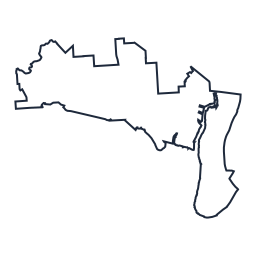 Port Adelaide Enfield, South Australia, Australia (Mercator projection), rotated 180°
{"feature_id": "25037944B47979939025085", "entity_name": "Port Adelaide Enfield", "entity_type": "district", "adm_level": 2, "iso_a3": "AUS", "parent_name": "Australia", "parent_adm1": "South Australia", "projection": "mercator", "projection_center": [138.548, -34.826], "detail": "fine", "context": "isolated", "style": "outline", "palette": "slate", "viewbox_px": 256, "rotation_deg": 180, "n_neighbors": 0, "source": "geoboundaries", "source_scale": "gbopen_adm2", "svg_char_len": 5637}
<svg xmlns="http://www.w3.org/2000/svg" viewBox="0 0 256 256"><g transform="rotate(180 128 128)"><path d="M239.4,186.9L239.3,186.0L239.8,185.0L239.7,182.6L239.1,181.8L238.5,172.0L236.7,172.1L236.4,167.2L236.3,166.6L235.6,165.6L233.8,166.7L229.7,159.1L229.5,158.4L229.3,155.3L240.6,154.5L240.1,147.2L225.9,148.2L214.2,148.7L214.3,149.0L213.5,149.0L213.6,149.6L214.4,150.7L214.0,151.4L212.4,153.0L210.9,152.8L210.9,151.9L205.7,151.5L202.8,153.3L197.5,153.6L195.0,151.4L191.7,150.4L192.7,148.7L191.7,147.8L190.4,146.1L188.6,145.2L185.1,144.9L156.5,138.2L150.7,136.8L149.0,135.9L146.9,135.8L146.2,136.1L144.7,137.1L145.8,135.4L131.0,136.2L131.2,135.8L120.6,126.2L120.5,126.7L119.9,127.8L119.7,127.9L119.6,127.7L119.3,128.4L119.0,128.3L119.1,128.1L118.6,128.4L118.5,127.8L118.0,127.5L116.1,127.4L115.3,127.6L115.0,128.3L114.9,128.3L114.9,127.6L114.6,127.2L113.7,127.1L112.1,126.2L111.5,126.4L111.1,125.6L111.2,125.0L110.8,124.1L109.0,122.4L107.5,121.2L104.5,117.8L100.8,111.7L100.7,111.0L98.9,107.0L98.2,106.4L96.7,105.8L95.5,105.7L94.7,105.9L92.8,107.6L92.1,107.9L90.8,109.3L90.7,110.0L90.4,112.6L91.2,113.7L92.1,114.3L92.3,114.7L82.6,112.2L83.0,112.5L83.2,113.3L83.1,115.1L82.5,118.9L81.9,120.1L81.1,121.0L80.2,121.6L79.8,122.5L79.4,122.7L79.0,122.6L79.2,121.9L79.5,121.2L80.5,119.8L80.3,118.9L81.3,118.0L81.9,113.4L81.8,113.1L81.5,112.6L81.9,112.2L80.4,111.5L80.4,111.0L79.1,110.6L78.7,110.7L78.4,110.4L77.6,110.2L77.0,110.5L76.4,110.5L73.5,109.7L73.2,109.4L73.2,108.7L72.6,108.8L72.4,109.3L69.3,108.6L68.8,108.7L68.6,108.4L67.7,108.0L67.7,107.5L67.3,107.9L66.8,107.9L64.1,106.4L62.8,106.0L62.2,106.2L62.0,107.8L61.9,113.1L61.6,113.5L62.0,113.4L62.5,114.1L61.8,115.7L61.4,115.9L61.0,117.1L60.0,118.8L59.1,121.1L58.6,122.6L58.4,123.1L58.1,122.9L57.2,124.8L57.3,125.2L56.8,126.8L56.0,128.1L55.8,128.3L55.6,128.8L55.3,128.9L54.6,130.5L54.8,130.6L55.1,131.3L56.4,132.5L56.6,132.7L56.4,133.0L57.5,134.1L57.4,134.3L57.6,134.6L57.5,134.9L57.9,135.4L57.8,136.2L57.1,135.6L56.4,135.4L56.4,135.0L55.0,134.2L54.0,135.1L53.4,141.6L57.3,143.4L56.8,144.5L53.2,142.9L51.9,148.3L52.8,148.6L53.0,148.5L56.5,149.4L56.1,150.7L51.3,149.2L46.1,151.8L46.1,152.0L45.6,152.1L45.6,151.9L41.5,152.8L41.5,154.1L41.2,154.1L41.2,154.3L41.2,155.3L40.7,155.8L40.8,156.1L41.3,156.0L41.6,157.5L41.4,158.2L42.3,162.4L41.1,162.7L40.9,162.4L40.1,162.4L40.4,161.6L39.6,160.6L39.9,160.4L39.1,158.6L38.9,156.6L38.7,156.3L38.6,154.4L38.9,152.3L38.5,151.9L38.3,150.4L38.8,150.1L39.0,150.3L39.1,150.9L39.6,150.7L39.3,148.8L39.8,148.0L40.2,150.5L40.3,150.5L40.2,149.7L40.5,149.6L40.7,150.4L40.8,150.4L40.7,149.6L40.9,149.5L40.9,149.2L41.1,149.1L41.3,150.4L41.4,150.2L41.2,149.2L41.6,149.2L41.6,149.5L41.7,149.2L41.8,149.2L41.9,149.9L42.9,149.4L42.9,148.6L43.1,148.6L43.7,148.6L44.0,148.3L44.6,148.3L44.8,148.9L45.1,149.3L45.4,149.3L45.4,149.0L47.3,148.6L47.5,148.2L47.9,147.7L48.6,145.8L49.2,145.3L50.3,145.2L50.9,140.4L51.0,137.0L50.8,136.8L50.7,136.5L50.7,135.2L51.0,134.8L51.1,133.7L50.9,133.5L50.7,132.7L50.8,131.3L50.5,131.0L50.8,129.5L50.9,128.0L53.1,123.1L53.7,122.6L54.6,121.1L55.8,118.3L56.9,116.3L57.1,115.2L56.9,114.7L57.2,112.9L57.3,111.6L57.0,110.6L57.2,109.9L57.0,108.7L57.2,108.2L57.4,107.9L57.4,105.2L57.3,103.3L57.6,101.8L57.6,101.0L57.2,98.5L56.9,98.1L56.8,97.0L56.3,96.1L55.6,93.0L54.7,91.9L54.5,91.2L54.7,91.7L55.5,92.4L55.2,91.4L56.0,78.3L55.9,78.2L55.8,77.7L56.8,74.8L56.9,73.9L57.2,73.5L57.1,73.0L57.4,72.3L57.3,71.3L57.6,70.3L57.7,69.0L58.0,67.1L58.6,65.6L59.0,63.9L58.8,62.9L59.1,61.4L59.2,61.0L59.4,61.1L60.4,58.4L60.4,57.5L60.9,55.8L60.8,54.8L61.4,53.7L61.5,53.3L61.5,52.2L61.9,51.0L61.8,50.5L61.4,50.1L61.4,49.3L61.2,49.1L61.2,48.7L61.4,48.5L61.0,48.0L60.9,47.2L60.1,45.7L59.5,44.9L59.5,43.5L59.1,43.1L58.0,42.3L57.8,42.4L57.7,42.1L57.0,41.9L56.3,41.1L51.9,39.5L51.7,38.9L49.1,38.4L47.5,38.5L43.7,39.1L39.2,40.6L39.3,41.2L33.0,46.4L29.1,49.1L29.1,49.5L28.7,49.8L25.9,53.7L20.0,64.0L17.9,66.6L18.0,66.8L18.3,66.9L18.8,67.6L20.6,69.2L23.2,72.3L26.6,77.3L26.5,77.6L23.0,83.1L22.2,84.7L24.2,85.4L29.6,85.5L30.0,86.6L30.9,89.8L31.3,92.0L32.1,104.3L32.1,108.5L31.5,113.4L31.0,115.9L30.0,119.2L29.2,121.1L26.8,125.6L24.4,133.0L22.8,136.7L21.6,139.1L19.9,141.6L18.7,144.5L18.8,145.1L18.5,146.5L17.8,147.9L17.2,150.1L16.0,154.4L15.6,157.0L15.4,161.5L35.4,164.1L46.0,165.2L46.4,172.9L46.6,174.0L46.9,174.6L65.5,189.7L63.1,184.9L63.4,184.7L64.8,183.0L66.0,183.9L68.7,182.3L67.0,179.7L68.6,178.3L70.7,175.8L70.4,175.5L70.7,175.1L70.6,174.9L70.9,174.5L70.6,174.3L71.2,173.5L71.4,173.6L71.2,169.7L77.4,169.4L77.2,163.6L97.8,162.4L99.6,193.3L110.0,192.7L110.3,198.1L110.1,198.1L110.5,205.2L121.4,213.3L121.5,213.2L131.8,212.6L132.1,217.6L137.1,217.3L137.1,217.1L140.7,216.9L139.8,201.7L139.5,199.8L138.4,196.4L137.5,191.3L161.8,189.8L162.5,200.5L172.6,199.9L172.6,199.7L182.5,199.1L183.1,210.2L190.6,203.2L199.0,212.3L198.9,212.5L200.8,214.6L201.8,214.1L202.5,214.2L203.0,214.4L204.1,215.7L204.4,215.9L205.8,215.5L206.1,215.2L206.8,213.8L208.2,212.4L208.5,212.2L209.6,212.4L210.2,212.3L211.4,211.0L212.5,210.7L214.1,210.6L215.1,210.1L215.3,209.5L215.5,207.4L215.8,206.3L215.9,205.0L216.5,203.2L216.9,202.7L216.7,201.8L216.1,200.8L215.5,200.2L215.4,199.8L214.7,199.1L214.6,198.5L215.2,197.4L216.0,196.2L216.8,195.7L219.3,194.8L221.0,194.7L222.0,194.4L222.9,193.7L223.9,192.5L225.1,192.1L225.3,191.7L224.1,190.2L224.0,189.8L224.1,189.4L224.3,189.0L224.8,188.7L226.4,188.5L226.8,187.7L226.8,187.1L226.7,186.7L226.0,186.1L225.5,185.9L225.1,185.2L225.9,183.8L226.6,183.3L227.8,182.9L230.2,182.5L231.5,183.1L232.5,184.2L234.2,185.4L235.0,185.7L236.0,185.6L236.7,186.0L237.2,186.4L238.0,187.4L238.3,187.5L239.4,186.9Z" fill="none" stroke="#1e293b" stroke-width="2"/></g></svg>